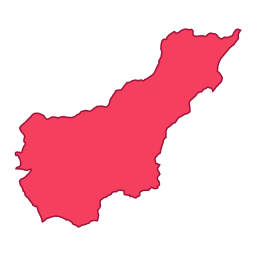 Beteni, Chirang, Bhutan
{"feature_id": "84629894B72162930081374", "entity_name": "Beteni", "entity_type": "district", "adm_level": 2, "iso_a3": "BTN", "parent_name": "Bhutan", "parent_adm1": "Chirang", "projection": "orthographic", "projection_center": [90.118, 26.902], "detail": "fine", "context": "isolated", "style": "filled", "palette": "rose", "viewbox_px": 256, "rotation_deg": 0, "n_neighbors": 0, "source": "geoboundaries", "source_scale": "gbopen_adm2", "svg_char_len": 5775}
<svg xmlns="http://www.w3.org/2000/svg" viewBox="0 0 256 256"><path d="M44.0,115.9L42.7,115.0L39.8,113.8L38.4,113.3L35.4,113.3L34.2,113.6L33.1,114.2L32.1,115.2L31.4,115.9L31.0,116.6L27.7,119.7L25.5,122.2L21.6,125.3L20.0,127.3L19.8,127.9L19.9,128.7L20.6,130.5L22.3,132.8L24.4,135.2L24.7,136.2L24.6,137.0L24.1,139.0L23.9,141.0L23.8,141.3L25.1,143.1L25.3,143.5L25.4,143.8L25.3,144.3L24.7,145.3L23.9,146.2L23.1,148.2L22.4,150.1L22.1,151.3L21.6,152.5L21.1,152.6L20.2,152.6L19.5,152.3L17.2,152.1L16.1,152.3L15.6,152.7L15.4,153.2L15.4,153.9L15.7,155.0L15.9,155.4L17.9,155.5L18.2,155.8L18.5,156.1L18.9,157.6L19.5,158.1L20.3,160.3L20.7,163.5L20.6,164.9L20.4,165.7L20.1,166.1L19.0,166.7L17.0,167.4L16.1,168.2L16.0,168.8L21.4,169.0L22.2,169.1L24.8,170.0L26.9,170.2L28.9,169.8L30.0,169.2L30.8,169.2L31.2,170.1L30.4,171.5L28.6,173.7L27.3,175.0L26.6,175.6L26.2,176.2L24.6,177.5L22.9,178.5L21.6,178.9L20.8,179.5L19.7,180.7L19.6,181.2L20.3,184.7L20.5,185.2L21.4,186.1L22.0,187.4L22.5,188.3L23.0,189.7L23.0,190.8L24.4,192.0L24.7,192.5L25.2,195.3L25.9,195.9L26.3,196.5L27.2,197.4L28.7,198.6L29.0,199.5L29.7,200.4L30.2,200.8L32.7,204.3L32.9,205.2L34.4,205.9L35.3,206.6L35.7,206.6L36.7,206.4L37.2,206.7L37.5,208.7L37.7,209.5L38.0,210.0L38.3,211.5L39.4,213.5L41.3,217.6L41.6,218.4L42.2,221.4L42.7,221.9L43.0,221.5L44.7,220.4L46.6,218.5L48.6,218.0L49.3,217.6L51.4,216.9L55.1,216.1L58.6,216.3L62.1,217.5L63.5,218.3L64.9,218.8L66.4,220.0L66.7,219.8L68.3,219.8L69.3,220.6L70.3,221.1L71.2,221.7L72.4,222.9L72.6,223.6L73.0,224.0L75.0,224.9L76.8,225.5L77.6,226.6L78.2,226.8L78.7,226.9L80.8,226.0L81.6,225.2L82.4,224.9L83.6,224.9L85.8,224.2L87.3,223.6L88.7,223.3L89.2,222.9L90.3,221.5L91.0,221.1L94.1,220.4L97.0,220.8L97.6,220.3L98.6,215.0L98.4,214.0L97.6,212.0L97.7,211.3L98.3,209.6L98.7,208.9L99.6,207.9L100.3,206.3L100.4,205.3L100.1,204.4L100.0,203.0L100.2,200.7L100.4,200.4L100.6,200.0L101.4,199.7L103.4,197.9L104.5,197.4L105.7,197.3L106.3,197.0L108.6,195.2L110.0,194.9L110.5,194.7L111.0,194.4L111.5,193.5L111.5,193.1L113.0,192.1L114.3,191.6L115.9,191.8L116.6,191.6L118.8,190.1L123.2,190.6L123.9,190.8L124.3,191.5L124.0,192.7L124.1,193.8L124.6,194.6L128.1,195.2L129.6,195.2L130.0,195.6L130.0,196.5L130.4,196.6L132.4,196.4L134.3,197.6L135.8,197.9L136.4,197.6L137.3,196.8L139.5,195.8L139.8,194.8L139.7,193.0L139.8,192.4L140.1,192.0L142.3,190.8L143.1,190.5L144.3,190.3L145.8,190.3L147.0,190.2L148.3,190.3L149.1,189.9L149.7,188.9L150.5,188.2L151.7,187.4L152.7,187.9L154.1,188.7L156.3,188.4L157.0,188.4L157.6,188.1L157.6,187.2L157.6,186.5L159.1,185.3L159.4,184.8L159.5,183.8L158.9,181.4L158.6,181.0L157.6,180.0L157.3,179.3L157.4,178.1L157.9,176.5L158.3,175.9L159.6,174.7L159.8,174.3L159.7,173.5L159.3,172.9L158.9,171.9L158.2,170.9L157.7,170.0L157.5,169.2L158.0,167.7L159.4,165.5L159.7,164.8L158.3,164.3L157.0,163.5L156.0,163.5L155.6,163.3L155.3,160.5L154.9,159.3L155.2,158.1L155.9,156.7L156.8,156.1L157.8,154.4L159.7,153.5L160.3,152.7L160.6,151.2L160.6,150.1L161.5,147.5L161.7,146.3L162.2,145.1L163.1,142.5L163.1,141.2L163.5,140.0L164.9,138.1L166.0,137.4L165.9,136.6L166.0,133.5L165.8,131.8L166.4,129.7L166.9,128.6L168.0,127.4L169.9,126.2L172.8,123.5L175.4,122.5L176.3,120.8L177.4,119.5L177.7,118.8L178.3,118.0L180.1,116.8L182.3,115.8L183.2,115.0L184.4,114.4L187.5,113.5L189.5,111.9L189.9,111.7L190.0,111.1L189.6,105.7L189.2,104.1L189.1,102.8L189.4,102.3L189.7,101.4L190.2,100.7L192.7,98.3L195.3,96.1L197.3,93.4L198.0,92.8L199.3,92.2L201.6,91.6L202.0,91.4L203.0,89.9L203.8,89.3L204.7,88.8L206.1,88.4L206.7,87.6L207.9,87.2L209.3,87.7L211.0,88.1L212.1,89.2L212.5,90.0L212.8,91.3L213.1,91.0L213.7,90.4L216.4,86.6L217.9,85.4L218.9,83.8L219.5,83.7L221.2,81.7L221.8,80.3L222.2,78.4L222.2,77.5L221.6,76.3L219.6,73.2L217.3,71.1L217.7,69.0L217.6,67.8L217.9,65.9L218.4,64.1L219.2,61.8L220.2,59.6L220.9,58.4L229.5,48.1L232.4,45.6L233.6,44.9L234.0,44.6L234.9,42.9L238.3,38.7L238.4,37.8L238.2,34.9L238.4,33.9L239.0,32.7L240.6,30.2L240.1,30.1L238.2,29.3L237.1,29.2L235.8,30.0L235.2,30.7L234.2,32.2L233.8,32.7L233.1,34.3L232.1,35.8L231.6,36.2L230.1,36.4L229.2,37.0L227.9,37.5L224.7,37.2L224.1,37.4L222.2,38.7L221.2,38.9L219.2,37.8L218.0,37.0L217.0,35.2L216.2,34.4L215.1,33.9L211.1,33.3L209.9,33.2L207.4,34.8L205.9,36.4L205.4,36.5L205.0,36.5L203.0,35.8L199.4,36.0L196.5,36.3L194.5,36.2L194.1,36.0L192.8,33.6L192.7,33.3L193.1,31.5L192.9,30.7L191.9,29.7L191.3,29.4L189.7,29.7L188.6,29.7L186.6,29.2L185.3,29.1L183.5,29.5L181.4,30.4L179.6,31.8L177.4,33.1L176.2,33.0L175.6,32.5L174.4,31.6L173.7,31.9L169.4,34.8L167.6,36.6L167.0,37.4L166.6,39.1L166.1,39.3L164.3,39.1L162.5,40.2L162.2,40.7L161.9,41.4L161.5,43.4L161.2,44.0L161.1,44.8L161.1,46.2L160.9,48.6L161.1,49.6L161.8,51.6L161.8,52.8L161.2,55.8L161.3,56.2L161.1,57.0L160.3,58.4L159.5,59.8L159.3,60.4L158.9,60.9L158.9,62.7L158.9,63.7L158.1,64.8L156.5,68.0L154.6,72.4L153.3,74.2L151.8,75.5L150.9,75.9L146.8,78.9L144.7,79.6L144.3,80.2L143.6,80.8L143.1,80.9L142.6,80.7L141.4,80.0L140.6,80.0L139.5,80.5L138.8,80.5L136.6,80.4L135.9,80.1L134.9,80.2L132.0,80.9L130.5,82.2L127.6,82.4L126.2,83.4L125.4,84.6L124.0,86.2L123.0,87.7L121.8,89.1L121.6,89.6L121.1,89.9L118.3,90.1L117.1,90.3L115.7,90.8L115.3,91.6L115.3,92.1L114.9,92.8L112.7,95.7L112.3,96.7L111.3,97.8L109.9,100.3L110.0,101.6L109.6,102.9L109.0,104.1L108.5,105.1L108.2,105.6L107.5,106.0L107.0,106.6L106.1,107.0L104.4,106.8L102.8,106.3L100.6,106.1L98.7,106.5L97.3,106.3L94.4,108.1L90.8,111.0L89.8,111.3L86.8,110.6L84.8,110.5L83.3,111.1L82.4,111.2L81.3,111.7L80.4,112.3L79.9,113.4L79.3,113.9L76.9,114.8L76.2,115.6L75.3,116.3L73.1,117.1L72.8,117.4L72.3,117.5L71.1,117.6L68.1,117.4L64.8,117.0L64.3,116.6L62.4,116.8L62.0,117.0L61.1,116.9L59.1,117.7L58.1,117.9L57.0,117.5L55.8,117.3L54.8,117.1L51.5,117.1L49.7,118.4L48.6,118.8L47.4,119.2L46.4,119.1L45.1,117.7L44.0,115.9Z" fill="#f43f5e" stroke="#9f1239" stroke-width="1.5"/></svg>